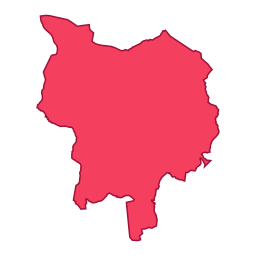 the district of Toro, Bauchi, Nigeria
{"feature_id": "59680162B15165581574851", "entity_name": "Toro", "entity_type": "district", "adm_level": 2, "iso_a3": "NGA", "parent_name": "Nigeria", "parent_adm1": "Bauchi", "projection": "natural_earth1", "projection_center": [9.239, 10.35], "detail": "fine", "context": "isolated", "style": "filled", "palette": "rose", "viewbox_px": 256, "rotation_deg": 0, "n_neighbors": 0, "source": "geoboundaries", "source_scale": "gbopen_adm2", "svg_char_len": 5663}
<svg xmlns="http://www.w3.org/2000/svg" viewBox="0 0 256 256"><path d="M50.4,121.3L50.6,121.5L50.8,122.4L51.3,122.7L54.2,123.5L56.2,124.5L56.8,124.8L60.3,126.4L65.8,126.2L69.5,127.3L71.0,127.2L71.8,127.6L72.9,128.4L74.2,131.8L75.0,133.0L75.4,135.2L76.6,137.3L76.3,140.3L76.4,141.6L73.6,145.2L72.9,146.5L73.0,150.4L72.7,151.3L72.1,151.5L72.1,152.2L71.8,155.2L71.9,158.2L73.4,159.4L74.9,160.2L77.6,162.2L78.7,162.6L79.1,163.0L80.2,163.8L81.1,165.9L80.8,168.1L80.9,170.3L79.8,172.5L79.9,174.2L80.3,175.5L80.0,176.8L80.0,177.6L79.7,178.9L79.5,181.5L79.1,182.4L79.2,183.3L76.0,185.5L73.6,198.9L73.5,200.3L74.4,200.4L75.1,201.9L75.6,201.8L75.6,203.3L75.9,203.8L78.0,205.1L80.9,209.1L85.8,208.8L85.5,206.2L85.4,205.6L85.3,204.9L85.4,204.7L85.5,204.6L85.5,204.3L86.0,203.7L86.4,203.6L86.3,203.1L86.5,202.8L86.6,201.9L86.3,201.4L86.2,200.7L86.0,200.2L86.2,199.8L85.9,199.3L86.0,199.2L86.4,199.2L86.6,198.9L87.5,199.6L89.1,201.1L89.6,201.4L90.5,201.6L91.2,202.2L92.1,202.7L93.2,202.8L94.4,202.8L95.8,202.3L96.5,202.2L98.4,201.3L99.5,201.2L101.7,200.7L103.8,198.8L105.2,197.1L106.2,196.4L107.2,194.7L108.0,193.7L109.0,193.3L109.8,193.2L112.5,194.8L113.0,195.2L115.1,196.0L116.8,195.9L116.5,196.9L120.4,197.7L122.2,197.3L125.7,195.5L129.3,195.5L132.1,197.6L134.2,199.5L133.5,200.8L126.4,202.4L129.8,237.2L132.4,240.2L137.5,240.6L140.5,239.8L140.5,239.1L139.4,236.2L142.6,233.4L141.7,230.7L141.7,229.6L142.1,229.1L145.0,228.9L147.3,228.2L148.8,227.2L150.1,227.9L152.2,228.1L153.4,227.2L156.2,226.1L156.5,225.4L157.1,219.1L156.6,218.6L156.6,217.9L156.0,214.8L154.6,212.6L154.1,210.4L154.2,210.1L154.1,209.4L154.2,208.2L154.6,207.1L154.2,206.9L154.2,206.4L154.1,206.2L154.0,205.6L154.4,204.9L154.5,204.8L154.6,204.4L154.9,204.1L154.7,203.9L154.9,203.3L154.7,202.8L153.4,203.1L153.1,201.7L152.6,201.5L151.8,201.4L151.8,200.1L152.1,200.1L152.7,200.3L153.2,200.2L153.8,200.3L154.2,200.2L154.2,198.8L154.4,198.3L154.5,196.9L154.7,196.2L155.4,195.5L155.6,194.5L155.6,193.2L156.0,191.1L156.2,189.1L157.9,189.0L159.1,186.6L159.2,186.1L158.4,185.2L159.1,183.3L160.0,180.2L161.1,178.8L161.8,177.3L166.2,173.5L166.8,172.8L167.3,172.7L167.8,172.8L168.6,173.4L169.2,173.3L169.7,172.9L169.9,173.2L169.8,173.8L171.2,174.9L171.2,175.5L172.4,177.0L174.5,176.7L175.5,177.3L175.8,178.2L176.9,178.7L177.1,178.6L177.8,178.8L178.8,179.6L182.0,179.9L182.8,180.4L184.7,181.0L185.8,172.5L187.6,172.6L190.8,170.3L195.1,170.9L196.9,167.2L199.6,165.2L200.7,164.1L200.8,163.4L200.8,161.0L200.1,159.3L199.9,158.7L200.6,158.0L201.1,158.3L203.5,161.3L203.4,161.8L205.1,164.5L204.6,166.6L210.7,160.6L206.3,160.1L206.1,159.3L203.8,158.0L202.1,154.5L201.7,154.6L201.5,154.2L201.7,153.8L202.3,153.4L202.9,152.7L205.0,152.3L206.2,152.4L206.4,152.8L207.1,152.8L210.0,152.0L209.6,150.5L209.8,149.2L210.2,148.3L210.4,147.4L210.5,146.3L210.6,144.8L210.7,144.4L211.4,143.0L211.9,141.2L214.4,138.1L215.6,137.2L217.4,134.9L218.4,133.6L218.9,131.9L218.8,131.4L218.9,131.1L218.5,130.7L218.5,129.7L217.6,127.9L217.6,127.6L217.8,127.2L217.9,126.0L217.6,125.9L217.5,125.5L217.2,125.4L217.0,124.8L217.1,124.3L216.0,123.7L215.8,123.1L216.1,122.7L216.0,121.5L215.7,121.4L215.6,119.7L215.5,119.3L215.7,119.0L215.7,118.7L215.4,118.7L215.9,117.2L216.7,117.1L217.2,116.2L217.4,115.5L217.9,115.2L217.9,114.5L218.1,114.2L218.1,113.5L218.0,113.0L217.7,112.9L218.2,111.8L218.5,110.5L218.5,109.6L218.1,109.2L217.1,108.6L216.8,107.2L216.5,106.9L216.4,106.4L215.3,105.6L214.3,105.5L213.2,105.0L211.2,104.5L210.9,104.1L209.8,103.6L209.4,103.3L209.2,102.8L208.4,102.9L208.1,102.4L208.4,100.4L208.3,99.5L208.8,97.8L208.6,97.1L207.5,95.1L206.7,94.5L206.3,91.9L206.1,91.3L205.4,90.3L205.4,88.1L205.8,87.4L205.9,86.7L205.7,86.3L205.4,85.9L205.0,84.9L205.0,84.0L205.5,83.5L205.6,83.0L204.7,82.7L204.7,82.2L203.4,80.0L207.2,77.6L207.5,75.2L209.6,72.3L212.1,69.6L209.4,66.3L207.8,64.0L204.8,61.5L201.4,58.4L200.9,53.5L199.5,52.3L195.2,50.5L193.4,51.6L171.0,36.7L170.7,36.7L165.4,30.3L164.9,30.7L164.5,30.8L164.2,31.2L163.4,30.8L162.6,31.1L162.5,31.5L162.4,32.3L161.9,33.1L161.3,33.3L161.2,33.6L161.2,33.8L160.9,34.2L160.6,34.8L160.5,35.3L160.2,35.6L159.7,36.0L159.0,36.2L158.0,36.9L155.1,38.2L153.6,39.4L153.4,39.7L152.2,40.0L151.9,39.8L150.8,39.8L150.0,39.5L149.8,39.6L149.5,40.1L149.0,40.1L148.6,40.3L148.4,40.7L147.5,40.2L147.2,40.2L146.9,40.0L146.6,40.0L145.6,40.4L145.3,40.7L144.1,40.7L143.7,41.0L142.5,41.5L141.4,42.3L141.1,43.2L140.1,43.7L139.5,43.8L139.1,44.4L138.3,44.6L137.9,44.9L137.3,44.9L136.2,45.6L135.7,45.7L134.3,46.6L133.1,46.9L132.3,47.6L132.2,47.5L131.5,48.4L131.2,48.6L130.9,48.5L130.6,48.6L129.9,49.1L129.1,49.4L128.5,50.5L128.0,50.2L127.7,50.5L127.5,50.4L126.7,50.2L126.5,49.9L125.9,49.8L125.7,49.8L125.1,49.6L124.5,50.2L122.6,50.6L122.2,50.9L121.0,50.6L114.9,47.7L111.4,46.5L106.2,45.8L102.8,45.5L98.4,44.7L95.3,43.6L92.0,41.4L93.6,33.0L89.8,29.6L89.2,25.5L89.3,24.7L82.6,25.5L79.0,26.1L77.7,26.2L77.1,26.1L71.7,22.3L67.4,19.6L65.6,19.3L49.6,15.7L45.9,15.4L40.4,16.1L41.0,21.0L42.5,24.0L43.0,25.6L44.2,28.1L46.5,30.4L51.0,34.4L52.5,36.9L52.9,38.0L53.5,40.3L54.2,42.3L56.7,45.4L57.5,48.2L57.3,50.6L57.0,52.9L56.1,54.3L51.6,55.4L51.1,56.1L43.4,72.0L45.6,79.9L43.9,84.9L43.5,88.8L42.1,90.3L41.8,91.5L41.7,92.3L41.7,93.5L42.3,95.4L42.4,99.1L41.4,100.7L40.0,102.3L38.9,104.0L37.8,104.7L37.2,106.8L37.1,107.8L38.3,108.1L38.7,109.1L39.5,109.7L40.2,109.8L40.2,110.1L40.6,110.7L41.2,110.6L42.1,110.9L42.7,111.5L43.5,111.5L45.6,114.5L45.7,115.0L45.6,115.5L45.5,115.9L45.8,116.1L45.7,116.4L46.0,116.4L46.3,116.2L46.6,116.5L46.0,117.0L46.5,117.1L46.8,117.6L47.4,118.2L47.6,118.5L48.1,118.4L48.3,118.7L48.2,119.3L47.9,119.6L48.3,119.7L48.6,120.0L48.9,121.1L49.4,121.4L50.4,121.3Z" fill="#f43f5e" stroke="#9f1239" stroke-width="1.5"/></svg>